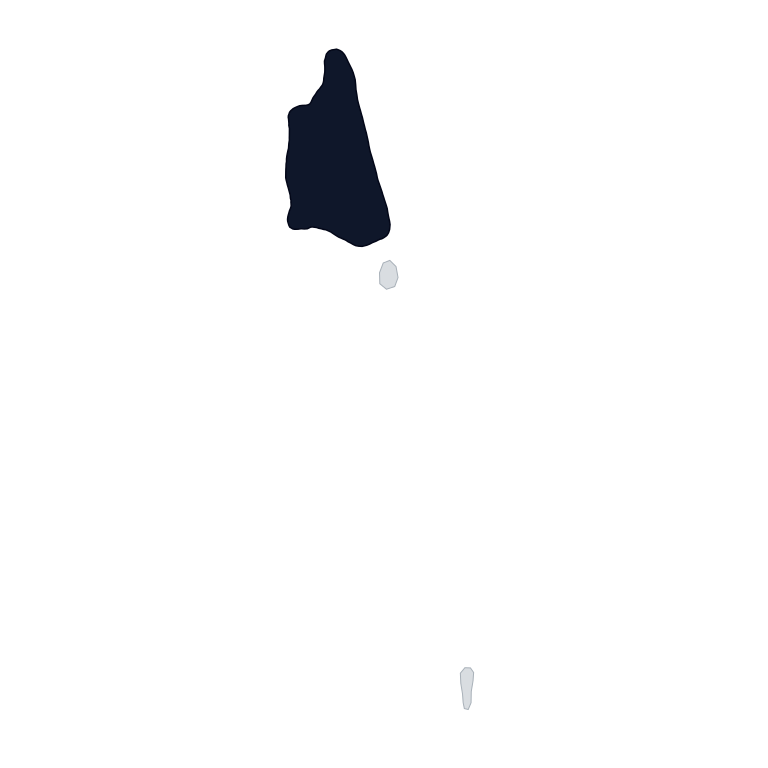 location of Mulaku, Maldives, rotated 165°
{"feature_id": "70690204B6879359618468", "entity_name": "Mulaku", "entity_type": "district", "adm_level": 2, "iso_a3": "MDV", "parent_name": "Maldives", "parent_adm1": "", "projection": "equal_earth", "projection_center": [73.487, 2.962], "detail": "fine", "context": "in_parent", "style": "filled", "palette": "ink", "viewbox_px": 768, "rotation_deg": 165, "n_neighbors": 0, "source": "geoboundaries", "source_scale": "gbopen_adm2", "svg_char_len": 2813}
<svg xmlns="http://www.w3.org/2000/svg" viewBox="0 0 768 768"><g transform="rotate(165 384 384)"><path d="M385.1,84.9L379.3,89.0L374.0,87.4L372.1,82.1L374.8,74.3L379.3,64.4L382.4,53.6L386.9,47.8L390.4,49.7L390.0,55.8L388.4,64.1L387.3,74.9L385.1,84.9ZM353.4,501.1L346.4,501.9L342.0,494.3L342.9,483.2L348.4,475.4L357.1,474.9L362.1,481.9L359.5,492.7L353.4,501.1Z" fill="#d9dde1" stroke="#a8b0b8" stroke-width="1"/><path d="M348.0,720.2L350.6,719.9L352.2,719.1L354.3,717.5L355.4,715.6L356.1,714.2L357.1,712.6L357.9,711.4L358.5,708.9L358.9,706.4L359.3,704.7L359.9,702.5L360.5,700.5L361.3,698.7L361.9,697.4L363.0,694.9L363.7,692.8L364.3,691.5L365.1,690.1L366.3,688.6L368.3,687.1L369.9,685.7L371.6,684.7L373.3,683.4L375.0,681.7L377.0,680.1L378.6,678.7L379.9,677.1L381.7,674.9L383.4,673.6L385.4,673.3L387.3,673.4L390.7,674.2L393.5,674.6L396.2,674.3L398.2,674.0L400.5,673.5L403.5,672.0L404.9,670.9L406.0,669.2L407.0,667.8L407.5,666.2L407.6,664.8L408.0,662.5L408.4,660.3L409.0,658.3L409.2,655.3L409.7,653.5L410.2,651.7L411.0,648.8L411.7,646.4L412.3,644.0L413.5,641.3L414.4,638.8L415.2,636.4L416.6,633.9L418.0,631.1L418.9,629.2L419.9,626.7L420.6,624.1L421.6,621.9L422.5,618.9L423.2,616.8L424.0,614.1L424.9,610.9L425.5,608.8L425.7,606.5L425.7,603.9L425.8,601.5L425.7,598.1L425.7,596.1L425.7,593.4L425.7,590.8L426.3,587.6L426.3,585.3L426.9,583.5L426.9,583.2L427.6,579.9L428.9,577.8L430.4,575.9L431.7,573.7L432.8,571.9L433.6,570.4L434.5,568.2L434.9,566.3L434.9,564.7L434.8,561.9L434.4,559.9L433.2,558.7L432.0,557.4L430.3,556.6L427.0,555.8L425.1,555.6L423.7,555.4L420.9,554.4L417.8,553.8L414.4,554.5L412.7,554.3L410.8,553.5L408.6,552.6L406.7,551.3L404.4,550.2L402.3,548.9L400.2,548.0L398.1,546.3L396.0,544.6L394.4,542.7L392.9,541.0L390.9,538.8L389.5,537.4L387.5,535.9L386.0,534.6L384.6,533.6L383.4,532.5L381.9,530.7L379.8,528.9L377.5,526.6L375.4,524.9L372.8,523.7L369.5,522.6L364.7,522.5L361.5,522.9L358.5,523.6L354.8,524.0L352.2,524.6L350.2,524.9L348.7,524.8L346.6,525.3L345.2,525.8L343.8,526.3L342.5,527.0L340.5,528.9L339.5,530.4L338.6,531.8L337.9,533.7L336.9,536.4L336.5,539.8L336.4,542.8L336.2,546.0L335.9,549.4L335.5,552.6L335.6,556.1L335.7,557.9L335.9,561.5L336.0,564.3L336.2,567.6L336.2,569.7L336.4,572.8L336.6,575.8L336.9,579.9L337.1,582.2L337.1,585.1L336.8,589.3L336.8,593.7L336.8,596.5L336.9,599.5L336.9,603.0L337.0,606.7L337.2,611.6L337.1,614.7L336.9,618.4L336.6,621.1L336.4,624.4L336.3,627.1L336.1,631.5L336.2,634.7L336.1,638.1L336.1,641.1L336.0,644.2L335.9,647.2L336.0,650.2L336.0,654.1L336.1,657.2L336.1,662.0L336.0,665.6L335.4,670.3L334.9,675.6L333.9,680.6L333.1,685.5L333.1,688.6L333.2,692.8L333.6,696.2L334.5,700.6L335.3,704.5L335.7,706.9L336.2,709.5L336.9,712.3L337.6,713.9L338.7,715.9L340.3,717.6L342.0,718.9L343.2,719.7L345.6,719.9L348.0,720.2Z" fill="#0f172a" stroke="#020617" stroke-width="1.5"/></g></svg>